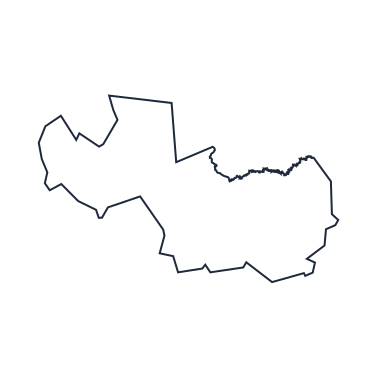 Akobo, Jonglei, South Sudan, rotated 337°
{"feature_id": "79223893B55602707979350", "entity_name": "Akobo", "entity_type": "district", "adm_level": 2, "iso_a3": "SSD", "parent_name": "South Sudan", "parent_adm1": "Jonglei", "projection": "orthographic", "projection_center": [33.191, 7.816], "detail": "fine", "context": "isolated", "style": "outline", "palette": "slate", "viewbox_px": 384, "rotation_deg": 337, "n_neighbors": 0, "source": "geoboundaries", "source_scale": "gbopen_adm2", "svg_char_len": 6051}
<svg xmlns="http://www.w3.org/2000/svg" viewBox="0 0 384 384"><g transform="rotate(337 192 192)"><path d="M263.5,313.4L271.6,313.4L277.6,305.0L271.6,298.4L293.1,293.0L300.8,278.6L311.0,278.5L315.7,274.9L312.1,267.1L324.0,236.5L317.2,207.3L317.2,207.7L316.5,207.6L315.9,207.7L315.5,207.5L315.4,207.1L315.7,206.7L315.4,206.4L314.9,206.5L314.8,206.2L315.1,205.7L314.8,205.6L314.7,205.3L314.4,205.1L314.2,205.1L313.8,205.4L313.4,205.3L313.0,205.0L312.9,204.5L312.6,204.6L312.3,205.1L311.8,205.0L311.7,204.5L311.2,204.3L311.0,204.8L311.3,205.4L311.0,205.7L310.4,205.9L310.1,205.7L309.7,205.6L309.9,206.8L309.7,207.2L309.1,207.0L308.7,206.5L308.6,206.0L308.6,205.6L308.2,205.0L307.7,204.8L307.4,205.0L306.8,205.3L306.5,205.1L306.2,204.7L305.9,204.1L305.8,203.7L305.4,204.0L304.1,203.5L304.1,204.1L304.6,204.5L304.5,204.8L304.0,205.1L303.7,206.0L303.1,206.1L303.2,206.8L303.1,207.2L302.4,207.3L302.2,206.9L300.7,207.2L299.8,206.9L299.6,207.2L299.8,207.7L299.9,208.3L299.4,208.6L298.9,208.6L298.6,208.3L298.2,208.3L297.9,208.7L297.7,208.3L297.4,208.0L297.3,206.8L296.9,206.8L296.3,207.0L296.2,207.4L295.9,207.4L295.9,206.8L295.6,206.3L295.3,206.6L295.4,207.2L295.4,207.6L294.7,208.3L294.1,208.7L293.0,208.3L292.5,208.4L292.5,209.1L292.1,209.4L292.1,209.6L292.5,209.9L292.3,210.1L292.1,210.5L291.5,210.6L291.1,210.6L291.1,210.4L291.1,210.0L291.1,209.7L290.2,209.6L290.1,209.0L289.6,209.1L289.5,208.9L289.6,208.7L289.2,209.3L289.1,209.8L289.0,210.1L288.8,210.4L288.7,211.0L288.4,211.0L288.7,211.3L289.0,211.3L289.0,211.6L288.3,211.5L288.0,211.4L287.6,211.1L287.4,211.1L287.3,211.4L287.5,211.7L288.0,212.0L288.1,212.3L287.8,212.7L287.6,213.1L287.3,213.0L287.2,212.6L287.4,212.2L287.0,212.0L286.8,211.7L286.6,211.6L286.2,212.2L285.7,212.3L285.5,212.1L285.5,211.9L285.4,212.1L285.5,212.4L285.3,212.6L285.1,212.6L285.0,212.4L284.7,212.2L284.3,212.2L284.2,212.5L284.4,213.0L283.8,212.9L283.5,212.8L283.4,212.7L283.5,212.3L283.8,212.0L283.8,211.7L283.8,211.3L283.5,210.9L283.6,210.7L283.6,210.4L283.4,210.1L282.9,210.0L282.8,209.7L283.0,209.3L283.1,208.5L282.7,208.4L282.5,208.7L282.4,209.0L282.5,209.5L281.4,209.5L281.1,208.8L280.8,209.0L280.7,209.6L280.4,209.0L280.6,208.6L280.6,208.3L280.6,208.0L280.4,207.7L280.2,207.8L279.9,208.0L279.9,207.8L280.1,207.4L280.4,207.1L280.4,206.8L280.2,206.5L280.3,206.3L280.2,206.1L279.0,206.6L279.0,207.1L279.3,207.4L279.5,207.5L279.4,207.8L279.0,207.9L278.8,207.8L278.1,206.8L278.2,206.6L278.5,206.3L278.8,205.9L279.2,205.7L279.3,205.5L279.2,205.2L278.4,205.1L277.9,205.4L277.6,205.7L277.1,205.9L277.0,206.4L276.8,206.4L276.6,206.1L276.5,205.8L276.4,205.8L276.1,205.8L276.0,205.5L276.1,205.3L276.8,205.2L277.0,204.9L276.6,204.5L276.1,204.3L276.1,204.5L275.8,205.0L275.3,205.3L275.0,205.1L274.9,204.7L275.2,204.2L275.2,203.8L275.1,203.7L274.6,203.7L273.9,204.4L273.4,204.5L273.7,204.1L273.5,203.5L273.5,203.0L273.2,203.0L273.0,203.4L272.6,203.3L272.8,203.1L272.8,202.7L272.6,202.5L272.2,202.8L271.8,202.6L271.6,202.2L271.4,202.0L271.3,202.9L270.9,202.7L270.5,202.0L270.6,201.7L271.0,201.6L271.0,201.3L270.8,201.0L270.0,200.5L269.9,200.3L269.5,200.7L269.4,200.4L269.6,200.0L270.1,199.6L270.2,199.4L269.4,199.2L268.9,199.1L268.7,199.4L268.8,199.8L268.6,199.9L268.3,199.7L267.9,198.8L267.3,198.8L267.0,198.4L266.8,198.8L267.0,199.2L266.9,199.8L265.9,199.5L265.8,199.8L265.9,200.4L265.4,200.3L265.2,200.4L265.3,200.7L265.4,201.4L264.9,201.3L264.6,201.0L264.1,200.5L263.7,200.4L263.5,200.1L262.9,200.1L262.7,200.5L262.3,200.6L262.1,200.5L262.1,200.2L262.3,199.8L262.7,199.7L262.6,199.4L262.1,199.3L261.7,199.6L261.7,200.0L261.4,200.2L261.2,200.0L261.2,199.4L261.1,198.9L260.5,198.3L259.8,198.3L259.0,198.1L258.5,198.4L258.0,198.4L257.8,198.1L257.9,197.2L257.5,197.0L257.0,196.8L256.8,197.3L256.4,197.4L255.9,197.0L255.8,196.5L255.9,196.1L256.3,195.7L256.0,195.5L255.6,195.6L255.3,196.1L255.2,196.9L254.9,197.0L254.5,196.3L254.5,196.0L255.0,195.7L255.0,195.4L254.6,195.3L254.1,195.4L253.4,195.1L253.0,194.7L252.8,194.9L252.7,195.6L252.3,196.2L252.1,197.0L251.6,197.3L251.1,197.2L250.9,197.0L250.6,197.0L250.1,197.2L249.9,197.5L249.3,197.0L248.8,197.2L248.8,197.8L248.5,197.9L248.2,197.2L247.8,197.1L246.9,197.8L246.6,197.7L246.7,197.4L246.4,197.2L245.8,197.3L245.3,197.5L244.4,197.7L244.1,198.0L243.9,198.4L243.5,198.3L243.0,198.5L242.8,199.0L242.2,198.9L241.2,198.3L242.1,197.8L242.2,197.3L242.4,196.6L242.2,196.2L241.9,196.4L241.4,196.6L240.8,196.5L240.2,195.7L240.1,195.3L240.1,194.9L239.8,194.7L239.3,194.8L238.8,195.7L238.5,195.9L238.1,196.0L237.6,196.1L237.0,195.7L236.6,195.8L236.4,196.1L235.7,196.2L235.7,196.5L235.3,196.7L234.7,196.5L234.6,196.9L234.1,196.9L233.8,196.6L233.6,196.3L233.5,195.8L233.2,195.8L232.7,196.5L232.7,196.9L232.5,197.0L232.2,196.8L232.0,196.7L231.5,196.7L231.1,197.0L230.8,197.0L230.7,196.2L230.8,196.0L231.0,196.0L231.3,195.7L231.4,195.4L231.3,194.9L231.2,194.3L231.2,193.1L231.0,192.5L229.8,191.6L229.5,191.1L229.0,190.9L227.9,189.8L227.4,189.5L226.8,188.3L226.1,187.6L225.5,186.5L225.4,185.9L225.0,185.7L224.4,185.1L223.2,184.3L222.9,183.9L222.8,183.5L222.8,181.9L222.6,181.4L222.1,181.1L221.9,180.7L222.2,180.1L222.4,179.5L222.7,179.1L222.8,177.5L223.1,177.3L223.5,177.3L224.1,177.7L224.6,177.6L224.9,177.5L225.0,177.1L225.0,176.7L224.7,176.2L223.5,175.1L222.9,173.6L222.2,173.1L221.9,172.6L221.9,172.1L222.1,171.6L222.6,170.6L223.0,170.2L223.0,169.0L222.8,168.3L222.6,167.9L222.1,167.6L221.8,167.5L222.3,166.3L222.8,166.2L223.4,165.8L223.8,165.5L224.1,165.1L224.3,164.7L224.6,164.4L225.4,164.2L226.9,164.0L227.5,163.7L228.1,163.3L228.4,162.9L228.8,162.8L229.4,162.4L229.6,161.5L229.7,160.6L229.6,160.0L229.0,159.0L228.7,158.5L189.1,158.4L208.0,102.1L153.4,70.9L151.6,85.7L151.6,96.5L129.0,113.3L124.2,113.9L111.2,94.0L105.8,98.8L101.1,70.6L82.7,74.2L70.2,86.8L66.6,103.0L66.5,117.4L60.0,126.4L61.7,134.8L74.8,133.6L83.7,155.9L96.7,170.9L96.1,179.3L99.1,180.5L108.6,173.3L142.5,175.8L150.8,215.4L149.6,221.4L138.3,235.8L149.6,243.7L147.8,260.5L171.6,266.5L175.8,264.1L177.5,273.1L209.7,281.5L214.5,277.9L230.5,306.2L263.3,310.4L263.5,313.4Z" fill="none" stroke="#1e293b" stroke-width="2"/></g></svg>